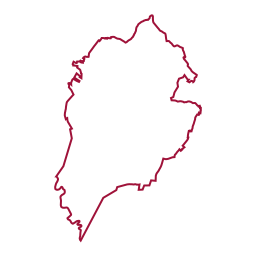 Momil, Córdoba, Colombia (Mercator projection)
{"feature_id": "7082276B97277797661378", "entity_name": "Momil", "entity_type": "district", "adm_level": 2, "iso_a3": "COL", "parent_name": "Colombia", "parent_adm1": "Córdoba", "projection": "mercator", "projection_center": [-75.649, 9.257], "detail": "fine", "context": "isolated", "style": "outline", "palette": "rose", "viewbox_px": 256, "rotation_deg": 0, "n_neighbors": 0, "source": "geoboundaries", "source_scale": "gbopen_adm2", "svg_char_len": 5540}
<svg xmlns="http://www.w3.org/2000/svg" viewBox="0 0 256 256"><path d="M181.7,150.0L181.1,149.8L184.4,147.3L182.7,145.7L187.1,140.3L187.9,139.0L188.3,137.5L187.7,137.4L187.9,136.6L187.9,135.6L188.2,133.7L188.8,131.0L190.1,131.3L190.1,130.9L190.3,130.9L190.3,130.6L190.9,130.7L190.9,131.2L191.5,131.3L191.8,130.2L192.6,127.9L192.6,127.0L192.8,126.2L193.8,123.6L194.2,122.1L195.1,119.3L195.2,117.9L195.5,117.1L197.2,114.5L198.3,114.8L198.4,114.5L199.0,114.6L199.2,113.5L198.7,113.4L198.9,112.5L200.3,112.7L200.2,113.4L200.4,113.4L200.5,112.7L200.3,112.7L200.5,111.9L200.5,111.0L200.6,110.3L200.8,110.3L200.8,107.9L200.0,108.0L200.0,106.9L199.7,106.9L199.7,105.8L198.8,105.9L198.9,107.2L198.1,105.9L197.8,105.7L197.3,105.4L196.7,104.6L195.5,103.3L195.0,103.0L192.9,103.1L190.9,101.9L189.1,101.4L187.9,101.5L187.3,101.7L186.6,102.1L185.1,102.1L184.2,102.4L183.9,102.3L183.2,101.8L182.7,101.6L182.3,101.6L181.3,101.3L180.1,101.2L177.8,101.6L176.1,100.8L175.1,100.5L173.6,100.4L171.6,100.3L171.0,98.0L173.3,97.0L174.5,92.4L178.0,86.7L177.4,82.8L179.0,78.7L183.1,77.3L184.5,75.1L187.7,79.6L188.7,79.7L187.5,81.3L189.4,82.3L191.2,80.9L192.7,81.2L193.0,81.5L193.2,82.1L193.6,81.8L193.9,81.4L194.4,80.5L194.5,80.1L194.6,78.1L195.3,77.4L195.7,77.0L196.2,76.9L196.8,75.0L196.6,74.8L193.1,72.4L192.4,71.8L191.6,71.0L190.6,69.2L187.7,66.0L187.7,65.6L188.0,64.4L188.0,64.1L187.7,63.8L187.6,63.3L185.1,60.2L184.6,59.7L183.9,58.8L183.6,57.9L183.5,57.5L183.7,57.2L184.3,57.1L185.1,57.3L185.3,57.0L185.3,56.6L184.8,55.4L183.8,51.8L183.1,50.5L182.8,49.6L182.7,49.0L182.9,48.2L181.6,47.5L180.3,47.1L178.3,45.8L177.5,45.4L177.0,45.4L176.5,45.5L174.8,46.3L174.2,46.3L173.8,46.2L173.0,45.4L171.5,43.4L170.6,42.8L169.2,41.3L168.9,41.1L168.3,41.0L166.6,41.1L166.1,38.5L165.7,35.2L165.4,33.9L165.2,33.6L165.0,33.4L163.4,32.6L161.6,31.3L160.5,30.9L159.8,30.4L158.9,29.1L157.5,27.5L153.5,22.6L153.2,21.8L153.0,20.5L152.9,18.8L152.9,16.5L152.7,15.9L152.5,15.5L152.1,15.4L151.4,15.4L151.1,15.6L150.7,16.0L149.9,16.5L149.7,17.6L149.5,18.4L149.3,18.6L148.9,18.9L148.0,19.9L147.6,19.9L147.2,19.7L146.5,20.0L145.7,20.0L145.1,20.2L144.6,20.5L144.0,20.6L143.1,21.2L141.4,21.9L138.4,24.2L137.4,26.1L136.5,27.3L136.2,28.6L135.9,30.9L135.2,32.4L134.8,33.4L134.3,33.9L134.1,34.7L133.8,35.0L133.7,35.6L133.1,36.3L133.0,36.8L132.6,37.2L132.0,37.7L131.2,38.8L130.4,39.4L128.6,40.4L127.6,41.2L126.9,41.9L126.3,42.3L125.5,42.6L124.2,41.6L121.7,40.1L120.5,39.3L120.1,39.1L118.9,38.8L117.7,38.7L116.6,38.3L114.3,37.0L114.0,36.9L112.3,36.9L111.0,37.1L110.9,37.2L111.0,37.7L110.6,37.8L110.5,38.3L108.9,38.2L108.1,37.9L107.5,37.9L107.1,38.7L106.6,38.6L106.6,38.4L106.4,38.5L105.7,38.5L105.8,38.0L105.5,38.0L105.3,38.0L105.2,38.1L105.1,38.4L104.9,38.4L104.9,38.2L104.1,38.2L103.1,38.0L101.7,38.0L100.7,39.7L99.6,41.0L99.4,40.8L99.7,40.4L98.9,40.2L98.6,40.4L95.1,45.0L94.2,46.1L92.2,48.9L89.3,52.8L89.2,53.0L89.0,53.6L88.6,56.8L88.2,56.9L86.2,56.8L85.2,56.5L84.3,56.9L83.4,57.6L83.1,58.1L84.3,58.6L84.4,58.9L84.2,59.4L83.9,59.8L83.9,61.0L83.7,61.2L82.7,61.1L82.9,62.7L81.9,62.6L80.6,62.2L80.4,61.8L80.7,60.8L80.5,60.6L80.3,60.7L79.9,61.3L79.4,61.5L77.1,61.5L76.7,63.0L75.7,62.9L75.1,62.6L74.4,62.1L73.6,61.7L72.8,63.7L72.7,64.4L72.9,64.7L73.5,65.0L73.4,65.5L74.7,65.6L77.5,66.0L77.5,66.3L77.1,67.1L77.1,67.4L77.2,67.6L79.8,69.5L80.2,70.0L80.9,72.4L81.0,73.3L81.3,73.4L81.6,73.8L81.4,78.2L79.7,77.1L80.1,76.3L76.6,73.4L74.3,77.5L76.7,79.2L79.5,81.0L79.0,81.9L76.5,80.8L73.5,78.9L73.3,78.9L72.9,79.1L72.4,79.6L71.4,82.0L71.1,83.0L71.2,84.5L70.6,83.9L69.9,83.2L69.2,83.0L68.7,83.1L68.4,83.3L68.4,83.7L68.5,84.0L69.1,84.8L69.2,85.4L68.9,87.3L71.3,90.1L73.5,94.6L72.0,96.2L67.9,100.8L66.9,102.1L66.6,103.1L66.0,106.8L65.8,109.1L65.5,110.1L65.3,111.4L65.0,112.5L64.8,114.4L64.8,115.6L65.8,119.1L66.6,118.4L67.2,118.1L67.4,120.0L67.7,121.3L68.0,122.0L71.9,128.6L70.1,129.3L71.8,138.3L63.4,166.2L56.3,176.4L56.5,176.4L57.6,178.0L58.0,178.9L58.0,179.5L57.6,180.8L57.0,182.0L56.2,183.3L55.8,184.5L55.2,186.8L55.2,188.0L55.4,189.0L55.9,189.4L57.0,189.8L58.0,189.7L59.0,189.4L59.4,189.1L60.3,188.3L61.1,187.1L61.4,186.9L61.8,186.9L62.2,187.1L62.5,187.5L62.9,188.7L63.2,189.1L63.4,189.3L64.3,189.8L64.5,190.0L64.7,190.9L64.8,191.7L64.7,192.6L64.5,193.1L64.2,193.5L63.6,194.0L61.9,195.0L60.8,196.1L60.5,196.8L60.5,197.9L60.9,199.9L61.0,200.8L60.8,205.1L61.0,206.1L61.4,207.0L62.1,207.4L62.8,207.7L64.1,207.8L66.5,207.5L67.3,207.7L67.8,208.1L68.4,209.0L70.9,213.8L71.1,214.6L71.0,215.0L70.5,215.5L69.1,216.8L67.8,217.8L67.5,218.1L67.5,218.5L67.7,218.8L68.1,219.4L69.5,220.0L70.1,220.5L70.7,221.4L71.2,222.5L71.9,223.2L72.4,223.5L72.9,223.7L74.8,222.6L76.4,221.4L77.3,221.0L79.0,220.8L79.4,221.0L79.5,221.3L79.4,221.9L79.2,222.1L78.8,222.6L77.7,223.5L77.5,224.0L77.4,224.3L77.7,224.7L78.1,224.9L80.0,224.9L80.8,225.0L81.2,225.3L81.4,225.7L81.4,226.1L81.2,226.5L80.6,226.9L79.3,227.5L79.0,227.8L78.8,228.1L78.8,228.4L79.0,228.8L80.4,229.7L80.7,230.0L80.8,230.2L80.4,232.9L80.2,236.3L79.9,237.1L79.7,238.4L80.0,239.7L80.7,240.6L103.3,197.8L116.3,190.1L117.2,187.1L127.2,184.4L129.2,184.2L132.2,184.3L133.8,184.5L135.1,184.2L135.7,184.3L137.0,184.7L137.7,184.6L138.5,184.7L139.5,184.5L138.7,189.8L142.6,189.6L144.2,185.5L149.4,185.4L151.1,180.4L155.6,180.8L155.7,179.3L155.8,175.8L156.4,173.9L156.8,173.2L158.5,170.9L160.7,166.9L161.3,165.5L162.0,163.3L163.3,158.6L165.3,159.1L166.7,159.1L168.3,158.8L171.6,157.6L172.8,157.2L173.6,157.2L174.5,157.1L174.6,155.9L174.8,155.1L175.0,154.7L175.9,153.8L177.4,151.7L178.6,150.5L179.4,149.3L180.8,150.8L181.7,150.0Z" fill="none" stroke="#9f1239" stroke-width="2"/></svg>